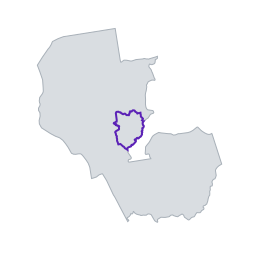 location of Copperbelt within Zambia, rotated 81°
{"feature_id": "ZMB-517", "entity_name": "Copperbelt", "entity_type": "Province", "adm_level": 1, "iso_a3": "ZMB", "parent_name": "Zambia", "parent_adm1": "", "projection": "mercator", "projection_center": [27.632, -13.082], "detail": "fine", "context": "in_parent", "style": "outline", "palette": "violet", "viewbox_px": 256, "rotation_deg": 81, "n_neighbors": 0, "source": "natural_earth", "source_scale": "10m", "svg_char_len": 7253}
<svg xmlns="http://www.w3.org/2000/svg" viewBox="0 0 256 256"><g transform="rotate(81 128 128)"><path d="M172.2,171.9L160.8,171.9L156.6,172.8L153.2,174.3L149.1,176.5L146.8,178.0L146.1,178.9L145.8,180.8L145.8,183.7L145.4,185.8L144.1,187.8L137.9,190.1L133.9,192.0L129.9,194.3L126.9,197.2L124.8,200.9L121.4,205.4L114.3,213.4L110.1,214.9L106.7,214.6L102.5,212.9L99.1,212.6L96.7,213.6L94.4,213.3L92.3,211.6L90.6,211.0L89.1,211.4L87.3,211.4L84.0,210.4L81.2,207.6L79.6,206.4L78.4,205.9L75.0,205.5L67.1,204.8L59.0,206.2L51.8,207.7L44.5,201.3L37.5,194.6L36.0,192.8L33.3,190.6L31.4,189.5L30.7,188.9L28.8,183.0L27.7,177.5L27.7,125.1L59.7,125.1L61.8,124.9L61.9,124.3L60.4,121.5L60.5,120.5L60.9,118.6L62.3,114.9L62.4,113.6L61.7,109.5L61.8,107.3L62.1,102.6L61.9,101.1L62.7,99.0L62.9,97.6L63.2,97.0L62.9,95.5L62.2,90.0L61.8,87.7L63.8,88.1L64.4,89.2L64.8,90.4L65.6,90.5L67.9,91.2L68.7,92.2L69.2,94.4L68.9,95.5L68.2,96.5L68.9,97.3L70.4,97.8L71.3,97.6L73.9,96.1L76.3,95.6L77.5,95.2L82.8,94.2L83.8,93.7L84.5,93.7L85.1,94.1L84.6,95.6L84.4,97.0L85.1,99.6L85.6,100.9L86.7,101.7L87.5,102.2L88.4,103.1L90.2,103.0L94.3,104.3L95.5,104.9L97.2,105.5L98.4,105.8L102.6,106.2L107.0,107.0L109.3,107.1L110.9,106.9L112.0,106.5L112.7,106.1L113.1,105.7L114.7,100.7L115.6,100.3L116.7,100.1L117.3,100.5L118.0,103.7L121.2,106.5L122.3,108.9L123.1,110.9L123.8,111.5L125.0,112.2L126.9,112.4L128.6,112.5L137.2,115.9L138.2,116.6L139.2,118.4L139.9,120.5L140.5,122.2L141.7,122.5L142.6,122.6L143.6,123.7L144.4,124.7L146.9,128.8L147.3,130.5L148.5,131.6L150.2,132.0L151.7,132.1L152.6,131.6L154.8,130.7L156.5,129.8L157.8,129.4L158.5,129.6L159.1,130.3L159.4,132.4L160.7,133.1L161.6,132.8L161.9,132.0L161.9,131.6L161.9,110.2L161.1,110.4L160.1,111.0L157.9,111.0L157.0,111.5L156.7,112.2L156.9,113.0L156.9,114.3L156.6,114.8L155.6,115.0L154.2,114.6L151.5,114.0L149.4,113.6L147.8,112.0L145.7,109.6L144.3,108.4L141.0,105.9L140.4,105.4L139.4,104.2L138.5,102.2L137.7,99.9L137.2,98.4L138.0,96.2L140.0,88.8L140.4,86.5L142.1,84.2L142.2,82.1L141.5,79.4L141.7,78.0L141.9,69.6L141.5,66.9L140.4,64.0L138.0,59.9L138.0,59.0L141.7,56.3L142.8,55.3L144.7,53.2L146.0,51.4L146.8,49.9L147.1,48.0L146.5,46.1L147.8,45.8L178.3,41.1L178.8,42.3L179.7,44.4L180.7,45.9L182.0,47.3L183.2,48.1L183.9,48.3L188.6,48.3L190.3,49.1L191.8,50.1L192.1,51.7L193.1,52.7L194.2,53.5L194.6,53.6L195.4,53.4L196.6,53.4L197.8,53.7L198.4,54.1L198.4,55.4L198.8,56.0L200.4,56.3L202.0,56.4L203.5,57.3L205.2,57.4L207.2,57.8L208.1,58.8L210.2,59.8L212.7,60.7L215.5,62.2L215.6,62.6L216.1,63.5L216.6,64.1L216.6,65.1L216.9,65.9L217.6,66.1L218.2,66.2L218.7,65.6L219.5,65.6L220.3,66.0L220.6,67.0L221.2,68.3L222.3,69.2L222.9,70.1L222.7,71.7L222.3,73.2L223.7,74.6L225.5,76.0L226.0,76.6L226.2,78.6L226.4,79.3L227.7,81.0L228.3,82.1L228.2,82.8L224.9,86.2L222.8,86.7L221.9,87.4L221.4,88.1L222.7,91.4L223.4,92.7L222.9,94.3L221.5,97.0L220.9,97.3L220.8,99.3L221.2,100.1L221.9,100.7L222.1,102.0L222.1,105.5L221.3,109.4L222.8,112.9L223.3,113.3L225.4,113.3L225.7,113.6L225.2,114.6L223.8,116.1L221.1,117.2L217.3,118.6L216.5,119.8L216.0,121.6L216.4,122.7L216.9,123.3L216.8,124.9L216.4,126.5L216.5,127.9L216.4,129.0L215.9,129.6L215.2,131.4L214.4,133.1L213.7,133.9L212.8,134.8L211.3,135.5L211.3,135.8L213.0,136.6L213.4,137.2L213.6,137.6L212.9,138.5L213.7,139.0L214.6,139.5L215.6,140.7L216.6,142.9L216.8,143.1L217.1,143.1L217.6,142.9L218.7,142.0L219.5,141.7L220.4,142.9L204.4,148.4L200.7,149.6L195.1,151.5L193.3,152.2L191.8,152.9L177.0,157.2L174.7,158.1L169.4,160.3L169.2,160.6L169.3,161.6L169.7,163.7L170.7,165.6L171.4,166.7L171.9,169.4L172.2,171.9Z" fill="#d9dde1" stroke="#a8b0b8" stroke-width="1"/><path d="M124.0,111.7L124.1,111.8L124.9,112.6L125.4,112.8L126.1,112.9L126.9,112.8L127.5,112.7L127.8,112.4L128.0,112.2L128.6,112.1L129.0,112.2L130.0,112.8L130.2,113.1L130.3,113.6L130.4,113.9L130.8,114.0L131.1,114.0L131.3,114.0L132.6,114.1L132.8,114.3L132.8,114.5L133.3,115.0L133.6,114.9L133.8,114.7L134.3,114.5L134.6,114.7L134.9,114.9L135.2,115.1L135.6,115.1L136.0,115.1L136.3,115.1L136.6,115.2L136.9,115.4L138.3,116.6L138.6,117.0L138.9,117.9L139.1,118.3L139.7,118.9L139.9,119.2L139.9,119.7L139.7,120.0L139.4,120.2L139.2,120.4L139.3,120.9L139.7,121.3L140.1,121.7L140.3,122.1L140.4,123.0L140.6,123.2L140.8,123.2L141.1,123.1L141.3,122.9L141.5,122.4L141.8,122.2L142.6,122.4L143.2,123.1L144.4,124.6L144.7,124.9L144.8,125.1L145.0,125.7L145.1,125.8L145.3,125.9L145.4,126.0L145.3,126.3L145.2,126.6L145.3,126.7L145.3,126.8L145.5,126.8L145.7,127.5L145.9,127.6L146.2,127.6L146.4,127.7L146.6,127.9L147.1,130.5L147.4,131.2L147.9,131.8L148.2,132.0L148.4,132.1L148.7,132.0L149.1,131.9L149.4,131.9L149.3,132.0L149.2,132.2L148.6,132.8L147.5,134.2L147.4,134.3L146.6,134.6L146.1,134.9L145.9,135.0L145.6,135.4L145.3,135.9L145.1,136.0L142.7,137.9L142.6,138.0L142.7,140.1L142.4,140.2L141.0,140.3L140.3,140.4L140.0,140.6L139.9,140.6L139.7,140.7L138.6,140.8L138.2,140.7L137.4,140.5L136.7,140.5L136.4,140.6L136.1,140.7L135.9,140.7L135.7,140.6L134.6,140.4L134.4,140.3L134.1,140.4L133.9,140.5L133.7,140.7L133.6,140.8L132.9,140.9L131.9,140.9L131.7,140.9L131.6,141.0L131.4,141.0L130.9,141.0L130.7,141.1L130.4,141.3L130.1,141.3L129.9,141.2L129.6,140.9L129.4,140.6L129.2,140.3L128.1,137.4L127.8,137.1L127.5,137.0L126.0,136.9L125.8,136.9L125.6,136.8L125.3,136.6L125.1,136.5L124.8,136.5L124.6,136.8L124.6,137.0L124.6,137.4L124.5,137.5L124.4,137.5L124.1,137.6L124.1,137.8L124.1,138.1L124.0,138.3L123.4,139.0L123.4,139.3L123.3,139.5L123.2,139.5L123.1,139.4L122.9,139.0L122.7,138.9L122.5,139.0L122.3,139.1L122.2,139.3L122.3,139.6L122.4,139.9L122.2,140.4L121.8,140.8L121.4,141.2L121.1,141.3L120.9,141.1L120.7,141.0L120.7,140.9L120.6,140.5L120.5,140.2L120.4,139.7L120.3,139.4L120.1,139.2L119.8,138.6L119.9,138.4L119.9,138.2L118.4,137.9L111.4,137.7L110.8,137.3L110.5,137.1L110.4,136.8L110.3,136.6L110.3,136.4L110.4,135.3L110.4,135.0L110.6,134.7L111.0,134.2L111.2,133.9L111.4,133.0L111.4,132.9L111.5,132.8L111.7,132.7L112.1,132.6L112.3,132.4L112.6,131.8L112.7,131.7L113.1,131.5L113.2,131.4L113.3,131.3L113.5,131.0L113.5,130.8L113.6,130.6L113.6,130.2L113.3,129.6L113.3,129.4L113.3,129.1L113.3,128.9L113.4,128.7L113.5,128.6L113.6,128.4L114.6,127.8L114.7,127.7L114.8,127.5L115.0,127.4L115.0,127.2L115.5,125.1L115.4,125.0L115.2,125.0L114.8,125.0L114.7,125.0L114.6,124.9L114.5,124.7L114.4,124.7L114.2,124.4L114.0,124.2L113.9,124.2L113.6,124.2L113.4,124.1L113.2,123.9L112.7,123.8L112.7,123.7L112.4,123.5L112.2,123.4L112.0,123.2L111.9,123.2L111.9,122.9L112.0,122.6L112.2,122.3L112.2,122.2L112.3,122.0L112.3,121.9L112.2,121.7L111.9,121.4L111.7,121.2L111.6,120.9L111.4,120.7L111.3,120.3L111.4,120.2L111.6,119.2L111.8,118.8L112.0,118.7L112.3,118.5L112.6,118.5L112.9,118.4L113.0,118.3L113.1,118.2L113.3,118.0L113.5,117.7L114.1,116.9L114.4,116.8L115.1,116.6L115.2,116.4L114.9,115.9L114.9,115.7L114.9,115.4L114.9,115.2L115.0,115.0L115.1,114.8L115.1,114.3L115.0,114.2L114.8,113.6L114.8,113.3L115.0,113.3L115.3,113.4L115.8,113.4L116.0,113.4L116.3,113.4L116.5,113.3L118.7,113.5L118.8,113.5L118.9,113.4L119.1,113.2L119.4,113.0L119.5,112.9L120.0,112.5L120.1,112.4L120.3,112.3L120.5,112.2L120.8,112.0L120.9,111.9L121.0,111.8L121.3,111.8L121.7,112.0L121.9,112.2L121.9,112.3L121.9,112.5L122.4,112.6L122.6,112.7L122.7,112.8L122.9,112.4L123.2,112.3L123.3,112.3L124.0,111.8L124.0,111.7Z" fill="none" stroke="#5b21b6" stroke-width="2"/></g></svg>